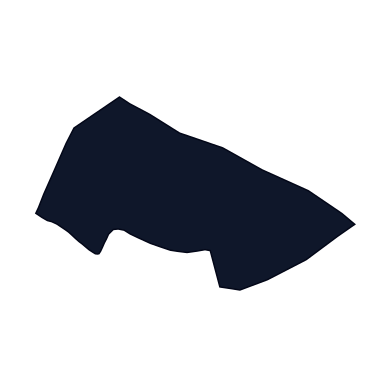 Marisule/Top Of The World/Belle Ville, Gros Islet, Saint Lucia (Equal Earth projection), rotated 353°
{"feature_id": "8701671B20786089058501", "entity_name": "Marisule/Top Of The World/Belle Ville", "entity_type": "district", "adm_level": 2, "iso_a3": "LCA", "parent_name": "Saint Lucia", "parent_adm1": "Gros Islet", "projection": "equal_earth", "projection_center": [-60.967, 14.044], "detail": "fine", "context": "isolated", "style": "filled", "palette": "ink", "viewbox_px": 384, "rotation_deg": 353, "n_neighbors": 0, "source": "geoboundaries", "source_scale": "gbopen_adm2", "svg_char_len": 838}
<svg xmlns="http://www.w3.org/2000/svg" viewBox="0 0 384 384"><g transform="rotate(353 192 192)"><path d="M131.6,88.9L82.7,114.1L73.0,128.4L57.4,154.7L44.6,176.1L37.8,188.7L34.4,194.1L40.1,199.0L45.0,202.7L49.1,204.3L53.8,207.2L58.0,210.8L61.8,214.1L64.7,216.8L67.2,219.7L70.7,223.9L73.9,227.5L76.6,230.1L80.3,234.1L82.9,236.9L86.5,239.9L88.5,241.5L90.6,242.0L92.1,241.9L94.0,239.7L96.5,235.7L98.8,231.8L101.3,228.2L104.0,223.7L109.3,219.6L114.2,219.7L120.0,221.6L125.4,226.0L132.6,230.6L144.5,237.9L153.6,242.4L163.4,247.1L170.5,249.1L179.7,251.4L190.2,251.2L197.9,250.8L203.0,252.4L208.1,289.6L219.7,292.8L227.6,295.1L256.2,288.2L297.2,273.0L330.9,253.8L349.6,243.9L346.2,240.3L338.1,231.6L307.7,205.0L264.1,178.5L227.9,152.0L186.8,132.0L159.6,109.9L140.7,96.7L131.6,88.9Z" fill="#0f172a" stroke="#020617" stroke-width="1.5"/></g></svg>